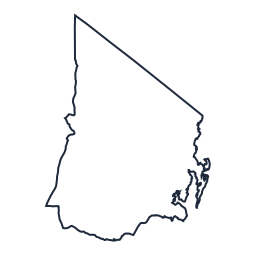 Mkinga, Tanga, United Republic of Tanzania (Robinson projection)
{"feature_id": "72390352B38372573514065", "entity_name": "Mkinga", "entity_type": "district", "adm_level": 2, "iso_a3": "TZA", "parent_name": "United Republic of Tanzania", "parent_adm1": "Tanga", "projection": "robinson", "projection_center": [39.042, -4.697], "detail": "fine", "context": "isolated", "style": "outline", "palette": "slate", "viewbox_px": 256, "rotation_deg": 0, "n_neighbors": 0, "source": "geoboundaries", "source_scale": "gbopen_adm2", "svg_char_len": 5976}
<svg xmlns="http://www.w3.org/2000/svg" viewBox="0 0 256 256"><path d="M46.2,206.0L49.3,205.9L53.7,206.4L55.1,206.1L58.2,206.1L58.1,206.7L58.8,207.3L58.6,207.9L58.8,210.5L58.6,212.2L58.7,214.0L59.7,219.5L61.5,223.3L63.1,228.0L64.2,228.3L66.6,228.2L68.4,227.6L70.8,226.1L71.9,225.9L73.6,226.8L75.9,228.2L77.7,229.9L80.1,231.4L82.0,231.8L83.5,231.5L84.5,232.0L84.9,232.6L85.9,233.1L87.4,233.4L89.1,234.5L89.9,234.7L90.6,234.8L93.1,234.7L94.6,235.0L95.0,235.1L96.3,236.7L96.7,236.9L99.4,237.7L100.3,238.4L101.6,238.7L102.0,239.0L102.7,238.8L104.6,240.0L105.7,239.9L106.1,239.3L106.6,239.2L109.8,240.1L110.3,240.0L113.2,240.6L113.6,240.1L113.8,239.2L114.6,239.2L114.8,239.4L115.1,240.5L117.9,239.7L119.4,239.9L119.9,239.6L120.4,238.6L121.4,237.6L121.8,236.1L123.2,235.4L123.9,234.3L124.4,234.0L126.3,233.4L127.9,233.7L129.0,233.5L131.0,234.3L133.4,235.0L137.4,227.7L139.7,224.2L140.8,223.2L141.5,222.9L144.5,223.1L146.3,222.3L148.1,219.5L149.2,217.4L151.5,215.7L153.1,215.4L154.4,215.6L155.5,215.1L156.1,215.5L157.1,215.3L158.3,215.5L162.0,216.9L162.9,217.8L163.1,217.8L163.6,217.3L164.3,217.2L164.4,216.3L164.7,216.1L165.7,217.1L167.5,217.5L168.5,217.9L169.6,217.9L170.9,217.5L171.0,217.8L170.8,218.9L172.0,220.8L172.2,220.7L172.6,220.3L172.9,218.6L173.5,217.5L174.5,216.5L175.3,216.2L176.6,217.5L177.4,217.5L178.0,218.1L178.0,218.6L178.4,219.2L181.4,219.8L182.0,220.2L182.8,221.0L183.3,221.1L183.3,220.3L185.2,218.7L186.0,217.0L187.0,215.8L187.0,215.3L186.5,214.2L185.8,210.2L185.1,208.3L184.5,208.1L183.9,207.4L182.3,206.3L181.7,206.2L180.4,204.4L178.6,203.0L177.7,202.6L176.7,204.0L175.2,204.8L174.1,203.8L172.5,203.2L172.3,203.0L172.1,202.7L173.2,202.0L173.4,201.7L173.4,199.9L173.6,199.3L174.0,199.5L174.1,200.7L174.8,200.8L175.0,200.1L175.1,198.3L175.7,196.5L175.2,196.3L175.1,197.0L174.9,197.0L174.6,196.3L174.4,196.2L173.1,196.2L173.0,195.7L173.4,194.6L173.9,193.9L174.9,194.0L175.4,193.7L175.7,192.9L175.9,192.8L176.5,193.2L177.0,192.4L177.0,192.0L176.5,191.4L176.6,191.1L176.9,190.9L178.1,191.0L178.0,191.8L178.4,192.2L178.9,192.2L179.6,191.8L179.4,192.2L179.5,192.8L178.8,192.9L178.7,193.2L179.2,193.7L179.2,194.0L178.8,194.2L177.9,194.0L177.7,194.6L177.9,195.4L178.5,195.7L178.6,195.9L178.3,196.2L178.3,196.5L178.8,196.9L179.0,197.5L178.8,198.8L179.1,199.5L179.9,199.7L181.2,199.3L181.6,199.7L182.4,201.0L184.3,201.7L185.0,201.4L186.1,198.0L187.3,195.5L188.1,194.3L188.0,193.6L187.8,193.4L187.1,193.3L186.7,193.0L186.6,192.8L187.3,191.7L187.4,190.0L186.4,189.6L186.8,188.9L187.9,189.3L188.3,188.7L188.1,187.3L188.3,186.6L188.8,185.7L189.7,184.8L190.1,184.7L190.7,183.7L190.6,182.3L191.4,181.7L191.6,179.4L191.3,178.9L191.4,178.6L192.1,178.3L192.1,177.2L191.1,175.4L190.4,175.1L189.2,172.8L188.6,172.1L188.6,170.0L189.1,170.0L189.7,171.4L190.6,171.9L191.4,171.6L192.6,171.7L193.5,171.4L195.3,172.9L195.3,173.6L195.0,174.0L195.6,174.3L195.4,175.3L195.6,176.2L195.5,176.5L196.4,177.1L196.6,177.6L196.3,178.3L197.5,179.5L197.2,181.5L196.9,182.2L197.2,182.8L197.1,183.1L196.4,183.5L196.4,184.0L197.4,184.8L197.9,184.7L200.3,182.8L200.8,182.8L201.0,183.6L200.7,184.6L200.2,185.2L198.0,186.3L197.6,186.9L197.4,189.6L197.9,190.4L198.2,190.6L198.8,190.4L198.8,190.6L198.6,191.6L197.4,192.7L197.3,193.2L197.6,193.8L197.5,194.1L196.6,194.3L196.3,194.7L196.5,195.1L197.3,195.3L197.1,195.7L196.2,196.2L196.2,196.5L197.6,198.7L197.6,200.3L196.8,203.2L196.2,206.4L196.4,207.6L196.9,207.7L196.8,207.2L197.3,205.8L197.7,203.9L198.6,203.0L199.7,200.1L199.8,199.4L199.6,198.1L199.7,197.4L202.0,193.3L202.0,191.7L203.1,188.8L205.2,186.3L205.6,184.2L206.5,182.8L206.6,182.1L207.3,181.1L207.2,179.8L208.1,176.7L208.1,176.4L207.7,175.6L206.8,175.0L206.1,175.0L205.9,175.4L206.0,176.4L205.4,178.3L205.5,179.1L204.4,180.5L203.6,178.9L203.9,178.4L204.1,176.9L204.3,176.4L204.3,174.5L204.0,174.5L202.8,175.5L202.0,176.3L201.6,177.1L201.4,175.4L201.6,174.6L202.7,173.0L202.3,172.3L202.4,171.8L202.9,171.3L204.4,171.0L204.4,170.2L203.8,169.3L203.9,167.7L204.5,168.1L205.1,169.4L205.9,169.9L206.1,170.4L206.4,170.4L207.0,169.2L207.3,169.0L207.7,169.0L208.2,169.6L208.6,169.4L208.9,168.8L209.3,167.5L209.8,164.3L209.1,161.0L208.2,158.8L207.4,158.7L207.0,159.2L206.4,159.4L205.3,159.0L204.8,159.1L204.3,159.6L206.4,161.6L206.6,162.0L206.7,163.2L206.4,164.2L206.0,164.3L204.9,164.0L204.7,164.2L204.0,166.3L203.4,166.5L203.2,166.3L202.6,164.7L202.0,164.3L200.9,164.0L200.6,163.6L200.4,162.8L199.9,163.0L199.4,163.6L198.9,164.7L198.3,164.9L197.8,164.3L197.7,164.0L198.0,162.9L197.1,160.6L194.5,156.9L193.8,156.9L193.9,155.7L194.5,154.0L195.0,153.2L195.8,152.6L196.2,150.9L197.0,149.2L196.9,148.5L196.3,149.4L196.1,149.4L196.2,148.3L195.8,147.6L196.0,146.3L195.7,145.8L194.2,144.9L194.2,143.5L195.0,140.5L195.8,138.7L196.4,138.4L197.1,139.0L197.3,138.9L197.6,137.8L199.1,136.1L199.4,134.9L200.2,134.3L200.3,133.8L200.1,132.6L199.4,132.3L199.3,131.4L199.1,131.2L198.6,131.3L198.7,130.3L198.1,129.8L198.4,129.4L198.1,128.9L198.3,128.7L199.0,128.6L198.4,128.1L198.2,126.2L198.4,125.8L198.4,125.5L197.3,124.9L197.4,124.6L198.0,124.4L198.2,124.0L198.2,123.3L199.1,123.6L199.2,123.3L198.9,122.7L200.3,122.6L200.5,121.1L200.8,120.9L201.3,121.1L201.5,121.0L202.3,118.5L202.6,115.9L201.6,114.9L169.7,89.2L134.7,61.2L110.2,42.3L87.4,24.4L75.1,15.4L74.8,27.9L75.0,59.7L75.8,60.7L76.0,63.1L76.6,64.6L77.5,65.9L76.5,67.8L76.4,69.2L75.3,73.5L75.5,79.5L76.0,81.2L75.8,83.7L75.1,87.4L75.6,93.1L74.2,96.7L73.4,98.1L72.9,101.9L74.2,105.9L74.7,108.4L74.4,110.1L74.7,112.0L74.6,114.6L74.1,115.2L72.6,115.2L71.2,114.6L68.9,114.3L66.0,117.7L65.0,118.1L66.0,119.4L67.8,123.6L69.5,124.6L69.5,126.1L71.2,129.1L72.1,130.1L73.2,130.6L74.2,131.8L74.4,133.6L74.2,133.9L72.7,134.5L70.9,134.6L68.9,135.4L67.9,136.6L66.7,138.5L68.0,140.4L67.2,142.1L66.8,143.8L65.7,146.8L65.7,148.9L64.7,152.0L60.8,158.8L60.7,159.6L60.1,161.2L59.6,163.4L58.4,167.4L58.1,169.7L58.1,171.6L57.1,176.4L56.9,180.1L56.1,186.0L55.0,188.5L52.4,192.8L51.7,194.2L51.1,195.0L48.6,200.0L47.2,203.0L46.2,206.0Z" fill="none" stroke="#1e293b" stroke-width="2"/></svg>